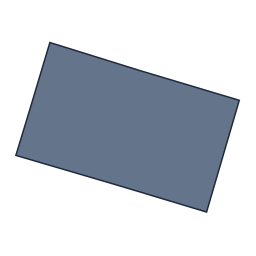 Gillespie, Texas, United States of America (Albers equal-area conic projection), rotated 17°
{"feature_id": "52423323B49995715327400", "entity_name": "Gillespie", "entity_type": "district", "adm_level": 2, "iso_a3": "USA", "parent_name": "United States of America", "parent_adm1": "Texas", "projection": "albers", "projection_center": [-98.986, 30.317], "detail": "fine", "context": "isolated", "style": "filled", "palette": "slate", "viewbox_px": 256, "rotation_deg": 17, "n_neighbors": 0, "source": "geoboundaries", "source_scale": "gbopen_adm2", "svg_char_len": 260}
<svg xmlns="http://www.w3.org/2000/svg" viewBox="0 0 256 256"><g transform="rotate(17 128 128)"><path d="M135.0,185.8L227.7,185.4L226.3,69.0L122.7,69.6L28.3,69.1L28.7,137.9L28.8,187.0L135.0,185.8Z" fill="#64748b" stroke="#1e293b" stroke-width="1.5"/></g></svg>